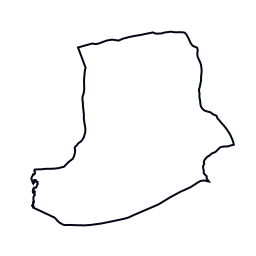 Abs, Hajjah, Yemen (orthographic projection), rotated 354°
{"feature_id": "15242507B78057914295959", "entity_name": "Abs", "entity_type": "district", "adm_level": 2, "iso_a3": "YEM", "parent_name": "Yemen", "parent_adm1": "Hajjah", "projection": "orthographic", "projection_center": [43.036, 16.018], "detail": "fine", "context": "isolated", "style": "outline", "palette": "ink", "viewbox_px": 256, "rotation_deg": 354, "n_neighbors": 0, "source": "geoboundaries", "source_scale": "gbopen_adm2", "svg_char_len": 5637}
<svg xmlns="http://www.w3.org/2000/svg" viewBox="0 0 256 256"><g transform="rotate(354 128 128)"><path d="M31.0,159.6L30.5,160.2L30.3,161.0L30.8,161.6L30.9,162.7L30.6,163.6L30.2,164.1L29.7,164.4L29.3,164.2L29.0,164.0L28.6,164.5L28.5,165.0L28.2,165.3L27.9,165.9L27.2,166.6L27.1,167.0L26.8,167.9L26.8,168.1L26.6,168.5L26.9,169.7L27.2,170.1L27.2,170.4L27.4,170.9L27.3,171.3L27.5,172.4L27.6,172.6L27.7,172.1L27.7,171.4L28.0,171.3L28.4,170.5L29.0,170.2L29.6,169.9L30.3,170.0L30.8,170.1L30.9,170.4L30.5,170.9L30.1,171.0L29.8,171.1L29.2,171.3L28.8,171.8L28.3,172.1L28.3,172.4L28.2,172.7L28.4,173.1L28.8,172.7L29.0,172.2L29.7,171.7L30.6,171.5L31.0,171.4L32.1,172.0L31.8,172.2L31.9,172.8L32.2,173.6L32.4,173.8L32.3,174.5L31.7,175.2L31.3,175.8L31.0,176.7L30.2,177.7L29.1,177.7L28.5,177.5L28.1,177.9L27.7,179.2L27.2,179.1L27.1,179.7L26.9,180.5L26.8,180.8L26.8,181.1L26.6,181.4L26.7,181.9L27.4,181.5L27.4,181.2L27.6,180.8L27.9,180.7L28.2,180.9L28.5,181.3L28.7,181.6L28.6,182.1L28.4,182.6L27.5,182.5L27.5,183.1L28.4,184.5L27.9,185.4L27.1,186.0L26.7,187.2L26.5,189.1L26.5,189.9L26.8,190.8L26.4,191.2L25.9,191.5L25.9,191.9L26.3,191.9L26.6,192.1L26.6,192.4L26.4,192.6L26.0,192.5L25.8,193.3L25.6,193.5L25.6,194.1L25.6,194.8L25.2,195.1L24.7,194.8L24.5,195.1L24.5,195.4L24.6,195.6L24.9,195.7L25.5,195.9L25.9,196.1L25.8,196.4L25.8,196.7L25.4,196.9L25.3,197.2L25.9,197.6L30.8,200.5L38.4,205.1L40.0,206.0L43.3,208.1L45.0,209.0L45.7,209.6L46.5,210.6L47.3,211.6L48.2,213.0L49.2,214.1L50.1,215.0L52.8,217.0L54.6,217.9L59.8,218.3L63.2,218.8L69.0,219.6L69.5,219.7L70.3,219.7L74.3,220.3L80.9,220.5L91.1,220.2L98.9,219.5L110.6,218.3L114.4,217.9L119.0,217.1L124.9,215.1L150.3,207.2L163.4,201.0L173.5,196.9L184.0,193.4L188.0,191.4L191.1,189.8L194.4,188.3L198.0,188.1L202.8,189.6L201.4,187.2L200.9,186.5L201.2,184.2L199.2,181.8L198.6,180.9L198.7,179.9L198.9,178.9L198.8,178.0L198.6,175.9L198.6,174.9L198.6,173.9L200.0,171.7L199.9,170.5L199.9,169.7L200.1,169.0L200.7,168.0L201.3,167.2L202.1,166.4L203.0,165.6L203.8,165.0L204.7,164.5L205.8,164.1L206.8,163.5L207.6,162.9L208.4,162.3L209.2,161.9L210.4,161.6L211.6,161.3L212.6,160.8L213.4,160.3L215.2,158.8L216.0,158.2L216.9,157.4L217.8,156.8L218.9,156.6L219.8,156.5L220.8,156.5L221.8,156.5L222.7,156.5L223.7,156.6L224.7,156.7L225.7,156.7L226.9,156.4L227.9,156.2L228.9,156.0L229.9,155.9L230.9,155.8L231.5,155.7L231.4,154.9L231.3,154.0L231.2,153.0L230.7,150.9L230.2,149.2L229.8,148.0L229.5,147.0L229.5,146.9L229.2,146.1L228.8,145.1L228.4,144.2L226.6,140.5L225.5,138.7L225.0,137.8L224.4,136.9L223.8,136.0L223.1,135.0L222.4,134.1L221.9,133.3L221.3,132.5L220.7,131.7L220.2,130.9L219.6,129.9L218.8,128.9L218.1,128.0L217.3,125.2L215.5,124.0L214.2,123.5L213.4,122.6L212.5,121.8L211.7,121.1L210.8,120.6L209.8,120.3L208.9,120.0L207.8,119.5L206.0,118.7L205.2,118.0L204.5,117.2L203.8,116.2L203.3,115.3L202.8,114.3L202.6,113.4L202.6,112.4L202.5,110.7L202.5,110.1L202.6,109.1L202.5,108.1L202.5,106.9L202.3,105.9L202.3,104.9L202.3,103.9L202.5,102.9L202.6,101.9L202.7,100.8L202.6,99.8L202.5,98.7L202.5,97.7L202.8,96.8L203.2,95.7L203.6,94.8L204.0,93.7L204.7,91.3L205.1,90.3L205.4,89.2L205.6,88.1L205.8,87.1L205.9,85.9L206.0,85.0L206.2,83.9L206.5,82.9L206.6,82.0L206.9,80.8L207.1,79.8L207.2,78.8L207.2,77.9L207.3,76.9L207.3,75.9L207.3,74.7L207.2,72.7L206.7,70.5L206.4,69.3L206.0,68.4L205.7,67.5L205.4,66.5L205.0,65.4L204.7,64.3L204.6,63.2L204.7,62.2L204.7,61.2L204.9,60.2L205.2,59.2L205.5,58.2L205.4,57.2L205.1,55.3L201.2,53.2L200.6,52.4L200.0,51.6L199.5,50.7L199.1,49.8L198.8,48.9L198.4,47.9L198.1,47.0L197.9,46.0L197.5,45.1L197.1,44.2L196.8,43.3L196.4,42.3L196.0,41.4L195.5,40.6L194.9,39.7L194.2,39.1L193.3,38.8L192.3,38.6L191.3,38.3L190.4,38.2L189.3,38.1L188.2,38.0L187.1,37.9L186.2,37.9L185.1,37.7L184.2,37.6L183.2,37.4L182.2,37.1L181.2,36.8L180.1,36.7L179.1,36.7L177.9,36.8L176.9,36.8L175.6,36.8L174.4,36.9L173.0,37.1L171.9,37.3L170.8,37.4L169.7,37.4L168.5,37.3L167.5,37.3L166.2,37.1L165.2,36.9L164.3,36.5L163.4,35.9L162.5,35.5L161.5,35.7L160.6,35.8L159.6,35.9L158.5,35.9L157.6,36.0L156.6,36.2L155.5,36.2L154.4,36.3L153.2,36.5L152.2,36.6L151.2,36.7L150.1,36.8L148.0,36.9L146.8,37.0L145.8,37.0L142.5,37.3L141.4,37.4L140.2,37.5L139.0,37.6L137.6,37.8L136.4,38.0L135.2,38.2L133.9,38.4L132.9,38.5L127.6,40.1L126.5,39.7L121.5,38.5L120.5,38.5L119.1,38.6L117.4,38.7L116.1,38.8L114.9,39.1L113.4,39.4L112.3,39.7L111.3,40.0L110.3,40.2L109.4,40.5L107.1,41.0L106.2,41.1L105.1,41.1L104.1,41.1L103.1,40.8L102.2,40.5L101.2,40.3L100.2,40.4L86.7,42.7L92.1,63.5L91.8,64.5L91.5,65.4L91.1,66.3L90.9,67.4L90.7,68.4L90.5,69.4L90.1,71.4L89.9,72.5L89.5,74.4L89.2,76.3L89.1,77.3L89.1,78.3L89.0,79.3L88.9,80.4L88.8,81.5L88.7,82.6L88.6,83.6L88.5,84.6L88.4,85.6L87.8,87.9L87.5,88.9L87.1,89.8L86.7,90.7L86.3,91.6L86.0,92.6L85.8,93.5L85.7,94.5L85.7,95.5L85.7,96.5L85.8,97.6L85.7,98.5L85.6,99.6L85.6,100.8L85.5,102.9L85.5,103.9L85.5,104.8L85.6,106.9L85.5,108.0L85.5,109.0L85.5,111.2L85.3,112.2L85.1,113.2L85.1,114.3L85.1,116.4L85.2,118.5L85.3,119.5L85.4,120.6L85.4,121.6L85.5,123.7L85.5,124.7L85.3,125.8L85.2,126.8L85.0,127.8L84.7,128.7L84.2,129.8L83.8,130.8L83.4,131.8L82.9,132.8L82.1,133.9L81.5,134.7L80.8,135.5L80.1,136.2L79.3,136.8L78.4,137.2L77.5,137.7L76.7,138.3L76.0,139.0L75.4,139.8L73.5,141.1L72.9,142.3L73.1,144.7L72.9,145.6L72.5,147.5L72.1,148.6L71.7,149.5L71.3,150.5L70.8,151.4L70.3,152.2L69.6,153.0L65.1,155.8L60.5,159.7L59.5,160.0L58.5,160.1L57.5,160.2L56.5,160.3L55.4,160.6L54.4,160.6L52.3,160.7L51.3,160.7L50.2,160.7L49.1,160.6L47.2,160.5L46.2,160.4L45.1,160.3L44.1,160.2L43.0,160.1L42.3,160.1L42.0,160.0L41.0,160.0L38.9,160.0L36.8,160.0L34.4,159.7L33.3,159.7L32.3,159.7L31.2,159.6L31.0,159.6Z" fill="none" stroke="#020617" stroke-width="2"/></g></svg>